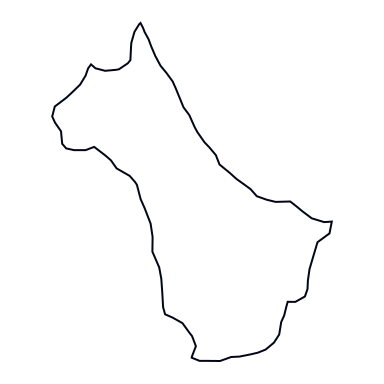 outline of Yardymli District, Yardımlı, Azerbaijan, rotated 270°
{"feature_id": "54616110B63590673188827", "entity_name": "Yardymli District", "entity_type": "district", "adm_level": 2, "iso_a3": "AZE", "parent_name": "Azerbaijan", "parent_adm1": "Yardımlı", "projection": "albers", "projection_center": [48.274, 38.907], "detail": "fine", "context": "isolated", "style": "outline", "palette": "ink", "viewbox_px": 384, "rotation_deg": 270, "n_neighbors": 0, "source": "geoboundaries", "source_scale": "gbopen_adm2", "svg_char_len": 1357}
<svg xmlns="http://www.w3.org/2000/svg" viewBox="0 0 384 384"><g transform="rotate(270 192 192)"><path d="M319.6,91.0L315.6,88.1L308.4,85.6L299.5,80.2L293.6,74.2L286.4,66.5L277.5,54.8L267.5,52.2L261.4,55.0L252.7,61.0L240.2,62.2L235.6,66.2L233.9,73.9L233.9,78.3L233.9,85.7L237.1,94.2L228.3,105.6L223.6,111.0L215.6,116.6L208.1,129.7L201.9,135.1L199.2,136.9L184.7,140.7L175.7,144.7L160.4,150.6L147.1,152.6L132.3,152.4L116.6,159.2L105.2,161.3L91.1,162.3L76.8,163.1L69.7,165.1L66.5,172.4L60.9,182.4L52.1,188.8L47.8,192.1L37.8,195.9L26.9,191.7L26.3,191.7L23.1,199.7L23.1,209.4L23.0,220.0L27.0,231.2L27.4,239.4L29.5,250.0L31.3,257.8L34.4,265.6L41.4,274.0L49.5,279.2L61.9,281.2L68.6,284.2L77.2,286.3L82.2,287.7L82.1,295.3L87.5,304.9L94.9,307.5L103.4,307.9L114.8,309.5L129.7,313.9L141.8,317.5L150.6,329.5L162.4,331.8L161.9,324.1L165.7,311.7L172.7,302.4L177.5,296.6L182.5,290.2L182.1,275.6L184.3,266.6L187.8,256.8L194.8,250.6L199.2,244.6L205.1,236.4L210.9,230.0L219.5,219.5L228.8,215.9L236.7,209.3L241.7,204.5L252.0,197.3L256.8,194.7L268.9,189.3L276.7,183.5L295.3,175.9L302.5,172.7L311.0,166.5L318.3,160.5L328.0,155.3L337.4,151.3L344.9,148.5L352.0,144.6L356.2,143.0L361.0,140.5L359.8,139.2L352.2,134.5L341.5,131.4L338.4,131.1L323.9,130.4L320.7,127.8L314.7,118.9L314.2,116.1L313.2,105.1L315.7,95.5L319.6,91.0Z" fill="none" stroke="#020617" stroke-width="2"/></g></svg>